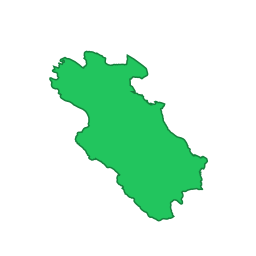 the district of Antsohihy, Sofia, Madagascar, rotated 306°
{"feature_id": "10022922B54557741887580", "entity_name": "Antsohihy", "entity_type": "district", "adm_level": 2, "iso_a3": "MDG", "parent_name": "Madagascar", "parent_adm1": "Sofia", "projection": "equal_earth", "projection_center": [48.096, -14.972], "detail": "fine", "context": "isolated", "style": "filled", "palette": "green", "viewbox_px": 256, "rotation_deg": 306, "n_neighbors": 0, "source": "geoboundaries", "source_scale": "gbopen_adm2", "svg_char_len": 5843}
<svg xmlns="http://www.w3.org/2000/svg" viewBox="0 0 256 256"><g transform="rotate(306 128 128)"><path d="M122.4,223.9L122.4,223.2L123.1,221.7L124.0,220.7L125.2,221.0L126.3,219.9L126.7,219.9L126.8,219.7L126.7,219.2L127.0,218.8L127.0,218.4L128.2,217.9L128.5,218.4L129.1,218.4L130.1,217.8L132.0,214.6L132.9,213.8L133.4,213.9L133.3,213.1L133.5,212.9L133.9,212.5L134.7,212.7L134.4,212.1L134.5,211.6L135.9,211.5L136.4,211.2L137.2,211.5L138.4,211.2L139.1,212.2L139.2,213.1L139.7,213.3L140.9,212.9L141.4,213.0L144.0,211.3L146.4,211.8L147.7,211.7L148.4,211.0L149.4,209.6L149.1,205.6L148.9,205.3L148.6,205.4L148.1,204.9L147.5,205.0L147.5,204.4L147.3,204.3L146.6,204.3L146.4,203.6L146.5,202.5L145.9,199.4L145.6,199.3L145.6,198.0L144.9,198.1L144.8,197.3L144.2,197.5L144.0,197.2L144.3,196.5L144.1,195.9L144.6,195.4L144.6,193.8L145.0,193.4L145.1,192.8L145.8,191.4L147.2,190.8L147.4,190.3L147.3,188.8L147.4,188.1L148.3,186.9L148.7,186.9L149.0,185.9L149.5,185.4L150.3,184.0L151.5,180.8L151.6,179.1L151.2,177.0L149.7,173.2L149.6,170.5L149.8,167.1L149.6,165.1L150.3,162.6L150.2,161.2L151.4,159.9L152.0,158.2L152.9,156.4L153.1,155.4L153.8,154.4L154.1,153.1L154.9,151.9L156.4,150.8L156.5,150.3L158.3,148.8L159.7,146.4L161.1,145.3L162.2,143.5L162.9,143.2L163.7,144.1L164.1,144.3L164.9,143.8L165.7,144.1L166.3,143.9L167.0,144.2L168.9,143.6L168.8,142.9L168.0,140.3L167.3,138.5L166.3,137.5L166.1,135.7L165.6,134.6L164.9,134.3L164.8,135.0L164.9,135.7L163.5,136.0L162.6,135.4L162.3,134.5L161.9,134.0L161.4,132.1L160.9,131.4L160.5,131.3L160.3,132.8L160.1,132.5L160.1,131.4L159.9,130.6L160.2,129.3L160.0,128.6L160.2,128.3L161.0,128.1L161.3,127.7L160.5,127.5L160.4,127.3L161.0,126.5L160.5,125.7L160.6,124.6L161.2,122.8L162.5,122.0L162.5,121.1L163.0,120.0L163.0,119.9L162.2,120.0L162.0,118.3L161.1,116.7L161.3,115.0L160.9,114.4L160.6,113.5L160.0,113.0L159.8,110.1L161.4,112.4L161.9,112.0L164.0,107.2L163.8,104.8L166.6,102.6L168.4,101.0L169.1,101.4L169.1,101.2L169.5,101.5L169.9,101.4L171.4,102.0L172.1,101.9L172.5,102.1L173.5,104.3L174.3,105.2L174.7,106.2L176.0,107.7L175.8,108.5L176.0,108.9L175.9,109.9L176.3,110.4L178.1,110.8L181.7,112.5L182.6,112.5L183.6,111.8L186.4,108.4L186.8,107.5L187.1,103.4L187.2,92.3L186.5,84.7L185.0,85.6L184.4,86.4L182.8,87.6L181.9,87.7L179.2,89.3L178.5,89.4L177.9,88.5L177.2,88.2L177.1,87.5L176.1,85.9L174.6,84.2L173.8,82.8L173.1,82.5L172.6,81.3L171.9,80.9L171.7,80.1L170.6,78.8L169.4,78.4L169.2,77.7L168.7,77.5L167.5,74.9L167.3,73.2L167.3,71.9L167.7,71.1L168.3,70.5L171.2,68.9L171.3,68.3L170.8,67.3L170.7,66.1L170.7,65.7L171.1,64.7L171.1,64.4L170.5,62.9L170.2,58.8L170.0,58.6L169.7,58.8L169.2,57.5L168.8,55.1L168.2,53.8L167.5,52.9L167.0,51.5L166.7,51.3L166.3,51.3L166.1,51.0L165.8,50.3L165.8,49.7L165.4,49.3L164.2,48.7L163.1,48.7L161.0,50.0L160.3,51.2L159.8,51.5L158.6,51.4L158.4,53.5L157.9,54.8L156.7,55.6L156.1,56.4L155.6,56.9L153.5,57.3L151.9,56.4L151.0,56.9L150.4,56.7L150.2,56.0L150.1,55.0L150.4,51.4L150.4,46.0L149.5,40.2L149.0,39.0L148.2,37.8L148.0,35.6L143.9,33.3L142.8,33.5L142.5,33.8L142.4,34.1L142.7,35.5L143.4,35.8L144.8,35.8L144.9,36.7L143.9,37.7L142.4,36.9L140.8,37.3L140.3,35.9L139.8,33.4L139.6,34.4L139.4,35.0L139.0,35.3L137.8,35.6L137.1,36.5L135.6,36.4L135.4,36.0L135.1,34.4L134.5,33.0L134.2,31.8L133.3,33.2L132.2,34.3L131.9,33.7L130.5,33.2L130.0,33.3L129.7,33.7L129.8,35.3L130.7,37.3L130.8,38.5L130.3,39.2L128.7,40.3L128.4,40.7L128.2,41.8L128.0,42.3L126.1,42.3L125.4,42.0L124.7,41.3L123.8,39.3L123.4,37.8L123.4,36.7L123.0,35.9L122.6,35.6L122.0,35.9L121.4,36.4L120.5,39.1L120.1,39.6L117.9,40.7L116.8,42.1L116.4,43.8L117.0,46.2L118.2,47.6L118.1,49.0L117.7,49.9L117.2,50.4L116.0,51.2L115.4,51.1L115.2,51.4L115.2,52.6L115.7,53.4L115.6,54.2L114.0,54.5L113.1,55.7L113.0,56.6L113.2,60.5L113.5,61.7L115.0,65.5L115.2,68.0L114.9,70.8L115.2,72.1L115.6,75.4L116.7,80.5L116.6,83.9L115.7,86.5L114.1,89.3L113.2,90.5L110.2,92.7L109.3,93.1L108.2,93.3L107.2,94.4L107.0,95.2L105.4,95.0L104.4,94.5L102.7,93.1L101.5,92.7L99.4,92.8L97.4,93.1L97.0,92.3L96.3,91.8L96.1,91.4L95.3,90.4L94.6,90.1L93.8,90.2L92.6,91.3L90.7,91.0L90.3,91.1L89.9,91.5L89.0,91.6L87.7,92.3L87.3,93.2L86.5,93.8L86.5,95.5L85.7,96.1L85.9,97.2L86.3,97.5L85.7,98.1L85.6,99.0L85.5,102.8L84.9,104.8L84.9,106.2L84.4,107.8L83.5,109.0L83.1,110.5L82.4,111.2L82.5,112.9L82.3,113.6L81.9,113.8L80.9,113.8L80.7,114.1L80.5,115.1L80.8,116.6L80.7,117.2L81.1,117.8L81.7,118.5L82.6,118.7L83.3,119.9L83.6,120.0L84.2,119.8L84.4,122.2L84.6,123.1L84.6,123.9L84.8,124.5L84.7,125.5L85.2,126.1L84.9,127.0L84.7,128.3L84.9,129.3L84.4,132.2L83.9,133.6L83.9,134.3L84.2,135.1L85.3,136.1L86.1,137.9L86.1,139.0L86.3,141.1L85.8,143.3L85.7,145.5L85.3,147.7L85.2,148.8L84.7,148.8L84.3,148.0L83.9,147.7L83.5,147.9L82.9,147.8L81.0,148.5L80.3,149.5L78.0,150.8L77.7,151.5L77.1,153.9L77.5,155.1L77.3,156.4L77.9,157.3L77.5,158.8L76.9,159.1L76.4,158.7L75.8,158.7L75.8,160.1L75.5,161.2L74.3,162.5L73.6,164.1L73.1,164.4L73.5,166.2L73.0,168.5L73.0,169.9L73.6,171.6L73.6,172.4L74.2,172.7L74.4,173.1L74.4,174.7L74.0,175.2L73.3,175.3L72.3,176.1L71.7,177.9L71.6,178.6L71.3,180.1L71.4,180.9L71.1,182.1L71.3,184.1L70.5,185.1L70.0,186.8L70.0,190.3L70.6,192.6L70.3,193.7L68.9,196.2L68.8,197.2L68.8,198.2L70.0,199.9L70.2,202.3L70.7,204.2L70.7,206.2L71.0,207.3L72.0,208.2L73.3,208.8L74.1,209.0L75.3,209.7L76.2,211.2L76.8,212.4L77.8,213.6L78.1,213.8L79.0,214.0L80.1,215.5L81.6,216.4L83.4,217.0L83.7,215.2L84.8,214.4L85.8,212.2L86.6,211.8L87.5,210.3L89.1,208.8L90.9,208.0L92.3,206.5L93.3,206.3L94.3,206.9L96.4,207.2L97.0,207.7L97.5,208.4L98.1,210.1L97.7,213.7L97.7,214.9L97.7,215.5L98.2,216.1L99.2,216.2L100.7,215.0L101.3,213.4L101.7,213.0L102.5,212.7L104.6,212.7L105.6,212.2L106.7,211.1L107.6,209.3L109.1,209.7L110.3,211.6L111.0,212.1L112.7,212.7L115.8,215.2L116.3,216.0L119.4,219.2L119.7,220.1L119.6,220.8L120.3,221.9L121.3,223.0L121.9,224.1L122.2,224.2L122.4,223.9Z" fill="#22c55e" stroke="#15803d" stroke-width="1.5"/></g></svg>